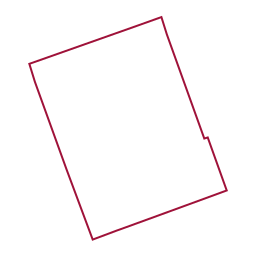 outline of Brown, Indiana, United States of America, rotated 161°
{"feature_id": "52423323B89653370278289", "entity_name": "Brown", "entity_type": "district", "adm_level": 2, "iso_a3": "USA", "parent_name": "United States of America", "parent_adm1": "Indiana", "projection": "equal_earth", "projection_center": [-86.224, 39.196], "detail": "fine", "context": "isolated", "style": "outline", "palette": "rose", "viewbox_px": 256, "rotation_deg": 161, "n_neighbors": 0, "source": "geoboundaries", "source_scale": "gbopen_adm2", "svg_char_len": 320}
<svg xmlns="http://www.w3.org/2000/svg" viewBox="0 0 256 256"><g transform="rotate(161 128 128)"><path d="M197.7,34.0L171.7,34.7L169.4,34.7L117.6,35.6L55.0,36.8L55.7,93.1L59.3,93.2L60.8,203.9L60.3,222.0L85.4,221.7L200.4,220.8L201.0,202.1L199.6,108.9L197.7,34.0Z" fill="none" stroke="#9f1239" stroke-width="2"/></g></svg>